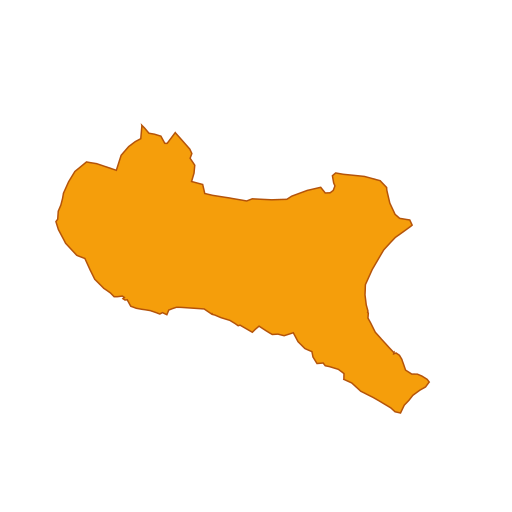 Jorquelleh, Bong, Liberia, rotated 287°
{"feature_id": "62588387B10332133917800", "entity_name": "Jorquelleh", "entity_type": "district", "adm_level": 2, "iso_a3": "LBR", "parent_name": "Liberia", "parent_adm1": "Bong", "projection": "mercator", "projection_center": [-9.438, 6.901], "detail": "fine", "context": "isolated", "style": "filled", "palette": "amber", "viewbox_px": 512, "rotation_deg": 287, "n_neighbors": 0, "source": "geoboundaries", "source_scale": "gbopen_adm2", "svg_char_len": 3162}
<svg xmlns="http://www.w3.org/2000/svg" viewBox="0 0 512 512"><g transform="rotate(287 256 256)"><path d="M363.6,335.5L362.7,330.8L359.7,315.8L359.2,311.9L358.7,307.9L355.1,305.6L348.6,308.9L346.1,311.0L341.3,310.7L338.1,308.4L337.0,305.2L336.5,303.8L340.6,297.8L340.1,296.9L335.4,288.8L333.7,285.8L333.6,285.7L324.7,274.0L323.6,272.6L319.2,268.9L317.6,264.1L314.4,254.8L314.1,253.7L311.2,242.2L309.6,235.7L305.9,231.0L305.3,226.1L304.0,216.0L303.8,214.0L302.8,207.2L301.3,196.6L300.8,188.7L301.0,188.6L305.2,186.2L308.6,184.2L308.8,184.1L308.4,172.6L317.1,172.5L317.6,172.4L324.9,170.9L326.4,169.1L329.3,165.5L330.2,164.4L335.2,164.7L335.9,164.1L336.9,163.2L338.9,161.4L345.8,150.2L350.1,143.1L350.4,142.7L337.7,138.1L337.5,137.4L337.1,135.8L342.8,130.0L342.8,128.0L342.8,123.3L342.1,117.7L342.9,116.5L345.8,112.0L347.6,108.6L347.2,108.8L334.5,111.5L330.1,107.1L323.5,102.3L316.1,99.0L315.1,98.6L312.9,97.6L298.1,97.4L297.1,97.4L297.2,94.0L297.7,76.9L297.7,76.5L296.8,70.0L296.6,68.3L296.4,66.4L283.9,58.1L280.8,57.3L272.2,55.1L262.7,53.9L259.6,53.5L259.3,53.6L254.3,54.2L247.6,54.5L241.0,53.8L240.2,54.0L235.0,55.2L233.2,55.6L231.5,55.0L230.4,54.6L227.3,56.7L223.5,59.3L215.7,67.1L215.4,67.4L212.5,70.2L204.3,84.3L204.1,85.8L203.6,93.1L193.9,101.7L193.3,102.3L186.6,108.6L180.9,119.3L180.6,119.7L179.7,122.8L178.1,127.6L175.6,132.2L176.4,134.8L176.5,135.2L178.6,139.9L177.9,142.2L176.3,141.2L175.6,143.6L176.5,145.6L172.9,149.3L172.2,150.0L171.3,151.0L171.2,153.7L171.0,156.7L171.7,162.7L172.2,165.7L172.9,171.1L172.8,172.4L172.8,173.5L172.6,178.1L172.5,178.9L172.4,181.0L173.1,181.7L174.5,183.1L173.8,187.9L178.9,188.4L179.3,189.0L179.9,189.8L180.9,191.0L183.7,194.9L184.8,198.7L185.1,199.9L186.1,204.2L189.4,218.4L189.5,218.9L190.2,221.9L187.4,230.9L187.4,231.1L187.8,231.1L187.4,231.7L187.5,233.8L186.8,240.6L186.8,249.8L185.3,255.7L184.1,259.3L185.2,261.0L182.0,274.8L185.9,276.9L188.5,278.6L189.0,278.9L189.4,279.2L189.8,279.4L187.5,287.3L186.4,291.5L185.7,294.5L187.7,299.8L188.0,306.2L193.5,314.1L192.9,314.7L186.6,321.0L186.2,321.5L181.8,329.8L181.6,331.2L180.9,337.4L180.4,337.7L176.1,340.0L172.2,344.4L171.0,345.8L173.3,351.5L171.3,354.3L171.7,358.7L171.7,359.1L171.7,367.9L169.3,374.5L164.1,376.0L163.7,376.0L162.6,384.6L158.0,394.3L157.3,395.7L155.7,405.1L155.0,409.3L153.8,414.6L150.9,426.4L150.2,429.2L148.0,433.9L147.7,434.5L148.1,440.1L156.7,441.4L162.6,444.4L164.7,445.2L168.6,446.7L175.7,452.0L180.3,456.4L185.9,458.4L186.1,458.5L188.1,455.7L189.7,449.7L190.2,444.8L188.6,439.5L190.6,432.4L192.1,431.3L196.1,428.4L198.2,426.8L199.8,425.7L203.0,422.2L204.2,418.3L202.7,416.3L203.9,416.2L204.3,416.1L204.0,415.9L207.5,409.8L212.5,401.4L213.0,400.5L213.2,400.1L213.6,399.6L218.0,392.3L225.5,385.2L229.4,381.2L234.3,380.1L234.7,379.2L236.0,379.2L241.5,375.7L250.7,371.6L256.9,370.0L257.1,369.9L260.6,369.0L277.1,371.1L293.6,375.0L299.3,376.4L301.8,377.6L308.3,380.7L314.5,383.8L323.5,390.7L329.9,395.5L331.2,396.3L335.4,392.5L334.8,388.3L334.4,385.1L334.0,382.4L336.5,376.8L339.4,374.2L345.7,368.5L356.9,362.0L358.3,361.4L359.7,360.9L363.8,353.6L364.3,352.8L363.8,336.4L363.6,335.5Z" fill="#f59e0b" stroke="#b45309" stroke-width="1.5"/></g></svg>